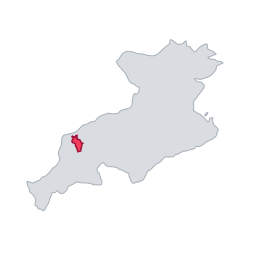 location of Kilju, Hamgyŏng-bukto, North Korea, rotated 191°
{"feature_id": "82179303B12447049329197", "entity_name": "Kilju", "entity_type": "district", "adm_level": 2, "iso_a3": "PRK", "parent_name": "North Korea", "parent_adm1": "Hamgyŏng-bukto", "projection": "equal_earth", "projection_center": [129.165, 41.006], "detail": "fine", "context": "in_parent", "style": "filled", "palette": "rose", "viewbox_px": 256, "rotation_deg": 191, "n_neighbors": 0, "source": "geoboundaries", "source_scale": "gbopen_adm2", "svg_char_len": 4290}
<svg xmlns="http://www.w3.org/2000/svg" viewBox="0 0 256 256"><g transform="rotate(191 128 128)"><path d="M152.3,191.4L151.3,192.0L149.6,195.2L148.0,199.2L146.4,201.3L144.6,202.5L142.7,203.2L138.9,203.6L135.5,203.3L134.4,202.8L129.6,203.1L128.3,203.4L121.5,203.1L117.9,203.4L115.7,204.2L113.4,205.8L111.4,208.2L109.6,210.9L106.0,215.6L103.5,218.0L103.4,221.3L103.4,222.4L102.5,223.1L102.2,222.8L100.7,222.5L95.0,219.4L90.2,221.3L88.9,223.8L87.7,224.5L85.8,219.8L82.7,219.6L77.9,215.4L75.7,216.3L75.2,217.9L72.4,221.8L68.6,225.0L67.4,225.4L66.0,225.2L66.2,224.3L64.7,220.7L58.8,219.3L56.6,217.8L55.6,217.4L61.5,213.4L63.0,212.7L61.9,211.8L60.6,211.3L55.8,211.9L53.4,210.6L49.7,211.0L47.2,210.0L52.5,206.1L52.8,203.8L52.8,202.0L55.5,196.8L58.2,193.9L65.2,189.9L68.2,189.3L70.4,189.5L72.2,189.1L70.3,187.5L68.5,186.8L65.0,187.0L61.3,184.6L61.0,182.2L68.5,166.6L68.6,165.2L67.5,161.4L67.2,157.7L62.2,155.6L59.9,155.4L53.4,151.2L50.9,149.1L49.8,149.8L49.6,153.1L48.6,153.8L46.9,154.4L46.1,150.7L44.7,147.9L40.5,145.1L38.9,143.6L39.8,140.3L39.4,140.0L40.2,136.3L42.9,133.4L49.5,128.4L51.2,126.0L54.6,123.2L56.1,123.2L57.6,123.0L58.1,121.8L58.5,120.8L59.8,119.9L63.0,118.4L66.7,116.4L69.6,115.8L73.1,112.7L74.6,111.4L76.0,111.4L76.5,110.8L77.3,109.2L78.4,108.2L80.0,108.0L82.6,107.2L85.8,106.8L88.0,104.2L88.8,102.4L90.2,100.4L93.3,98.2L95.5,95.0L97.8,91.5L98.9,90.4L100.0,90.2L100.7,88.8L101.5,85.1L102.6,81.5L103.3,79.8L106.0,78.0L106.7,77.1L107.3,76.8L108.5,77.0L110.2,75.9L111.8,74.7L113.2,75.1L114.6,76.1L116.1,78.1L116.8,79.7L118.0,81.0L118.2,83.0L119.4,83.8L121.9,84.2L126.1,85.6L128.8,85.6L130.3,86.6L133.5,87.2L140.0,86.4L142.6,86.8L143.7,88.1L145.3,89.0L146.4,89.1L147.8,87.4L149.4,84.7L150.4,82.7L150.4,81.0L149.5,79.3L147.4,77.7L146.0,75.1L144.7,72.5L143.9,71.7L143.3,70.4L143.2,68.5L143.6,67.2L146.8,66.3L150.9,65.8L154.3,66.3L159.8,66.0L163.2,65.2L165.7,65.3L168.1,65.3L169.1,64.2L172.3,61.5L173.9,60.6L175.6,58.8L175.9,56.9L176.3,55.4L177.2,53.7L178.9,51.7L180.4,50.8L182.0,50.9L183.7,51.8L184.7,52.8L186.0,52.5L187.0,50.9L187.6,50.6L189.6,50.4L190.2,49.5L190.9,44.8L191.6,41.1L191.8,38.6L193.5,34.3L194.0,31.8L195.1,30.6L196.2,30.7L197.2,31.4L198.5,31.8L200.2,31.4L201.3,32.1L202.1,33.5L204.5,34.4L204.8,35.1L204.7,39.7L206.1,41.9L207.9,43.8L210.4,45.6L211.8,46.0L212.6,47.3L213.3,49.5L215.1,51.6L216.1,53.2L216.2,54.8L217.1,55.7L215.7,56.7L213.8,56.1L210.7,55.8L206.7,58.9L204.6,60.1L203.0,63.2L199.9,65.1L198.2,67.0L196.0,70.5L194.6,73.8L191.3,77.2L189.3,81.5L189.2,85.2L191.4,88.9L191.6,92.1L190.1,98.7L191.0,105.8L190.0,108.5L179.7,113.3L177.0,115.8L173.2,122.0L168.6,124.3L165.7,126.9L161.7,128.4L159.2,132.8L156.4,135.3L153.0,136.9L150.5,138.8L144.9,139.0L141.0,140.3L138.2,144.0L129.7,148.2L128.5,151.5L129.1,156.4L129.1,160.2L128.3,163.3L126.5,162.4L125.5,163.4L124.3,166.3L124.6,169.6L127.5,170.7L129.9,172.0L133.2,172.7L135.7,174.2L140.9,181.2L145.2,184.2L146.3,185.4L148.8,186.9L151.0,189.3L152.3,191.4ZM54.4,157.4L52.7,158.4L52.7,156.5L54.0,154.9L55.2,154.7L54.4,157.4Z" fill="#d9dde1" stroke="#a8b0b8" stroke-width="1"/><path d="M181.2,108.5L180.4,108.1L179.9,107.7L179.7,107.1L180.1,106.2L180.4,105.6L180.5,105.0L180.5,104.4L180.3,103.8L180.0,103.5L179.6,103.1L179.4,103.0L179.0,103.1L178.4,103.1L177.8,102.9L177.4,102.7L176.9,102.5L176.6,102.4L176.4,101.9L176.4,101.5L176.4,101.2L176.0,100.2L175.4,99.8L174.9,99.0L174.6,98.5L174.2,98.1L173.9,97.5L173.8,97.1L173.5,96.8L173.3,96.3L173.0,95.7L172.8,95.5L172.7,95.2L172.3,95.2L171.9,95.4L171.5,95.8L171.3,96.0L170.8,96.1L170.3,96.4L170.0,96.5L170.1,97.0L170.2,97.4L170.3,98.2L170.4,98.7L170.3,98.9L170.2,99.2L170.0,99.4L169.9,99.7L170.0,100.0L170.1,100.6L170.1,101.0L170.0,101.7L170.0,101.9L170.0,102.3L170.1,102.6L170.2,102.8L170.2,103.0L170.0,103.4L169.8,104.0L169.7,104.2L169.6,104.3L170.0,104.3L170.4,104.6L170.8,104.7L171.1,104.9L171.6,105.4L171.8,105.8L172.0,106.0L172.3,106.1L172.5,106.5L172.7,106.8L173.0,107.1L173.4,107.1L173.9,107.1L174.4,107.4L174.8,107.3L175.1,107.3L175.6,107.3L175.9,107.5L175.9,108.0L176.1,108.7L176.3,109.4L176.5,110.3L176.6,111.1L177.2,110.9L177.7,110.6L177.5,109.9L177.5,109.2L178.1,109.0L178.6,108.8L179.0,108.9L179.2,109.2L179.7,109.2L180.0,109.1L180.3,109.1L180.7,109.3L181.0,109.4L181.3,109.0L181.2,108.6L181.2,108.5Z" fill="#f43f5e" stroke="#9f1239" stroke-width="1.5"/></g></svg>